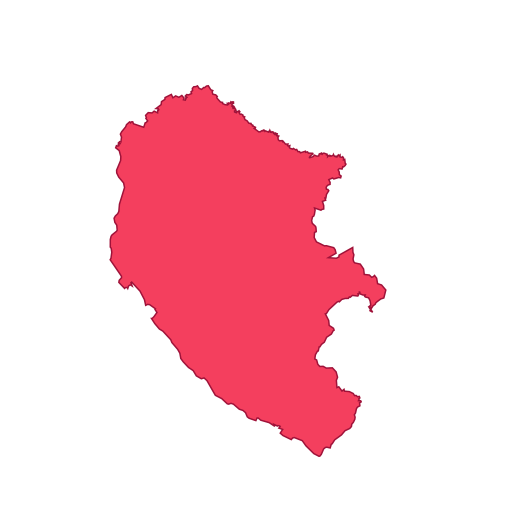 the district of Portlaw-Kilmacthomas Lea-5, Waterford, Ireland, rotated 221°
{"feature_id": "5873133B10835743668931", "entity_name": "Portlaw-Kilmacthomas Lea-5", "entity_type": "district", "adm_level": 2, "iso_a3": "IRL", "parent_name": "Ireland", "parent_adm1": "Waterford", "projection": "orthographic", "projection_center": [-7.459, 52.233], "detail": "fine", "context": "isolated", "style": "filled", "palette": "rose", "viewbox_px": 512, "rotation_deg": 221, "n_neighbors": 0, "source": "geoboundaries", "source_scale": "gbopen_adm2", "svg_char_len": 6131}
<svg xmlns="http://www.w3.org/2000/svg" viewBox="0 0 512 512"><g transform="rotate(221 256 256)"><path d="M333.9,145.3L333.9,146.4L332.5,147.8L331.5,147.4L332.5,149.8L332.2,151.1L331.6,151.9L329.8,152.1L332.9,153.8L332.7,154.8L320.5,153.4L311.6,149.9L306.9,146.4L306.1,148.3L304.4,149.5L297.3,150.2L297.2,149.4L293.7,148.4L293.2,143.2L293.4,140.8L293.9,140.3L288.1,138.6L281.0,137.5L277.1,138.2L265.4,136.9L262.7,135.5L254.0,134.2L249.7,132.7L245.5,129.3L241.5,128.4L233.8,127.6L228.2,128.3L222.4,126.4L216.7,127.5L215.2,129.9L211.3,129.8L195.3,124.2L188.3,125.9L180.7,125.6L179.4,126.3L178.2,128.4L175.8,129.4L168.1,129.4L164.5,130.9L161.1,130.9L157.1,128.9L154.8,129.0L148.1,131.7L148.9,134.4L148.0,135.2L144.7,135.2L136.7,138.9L130.6,139.7L130.5,140.4L131.7,140.8L128.3,141.7L128.2,142.4L126.5,143.3L125.9,143.2L125.8,141.1L122.1,142.6L121.5,138.2L117.8,138.2L108.9,140.6L109.0,142.6L108.0,144.1L99.9,147.0L93.8,145.5L82.7,144.8L77.0,146.2L76.5,147.0L76.6,149.2L78.4,154.8L78.0,157.0L77.2,158.1L74.1,159.8L75.7,163.3L75.3,164.2L76.0,168.9L74.1,177.1L74.2,182.6L72.1,187.3L72.1,189.9L73.4,191.9L73.4,194.3L74.3,197.6L75.5,199.4L77.6,200.7L77.9,202.8L80.0,206.6L80.3,208.5L79.3,211.1L81.6,213.2L80.9,214.5L81.2,215.2L82.0,215.4L83.7,214.1L83.8,215.0L84.8,215.9L84.5,217.0L85.9,217.8L87.1,216.4L89.0,216.4L90.0,215.3L92.4,216.0L96.6,214.9L100.6,212.0L102.1,213.1L102.5,210.5L107.7,211.6L108.6,209.8L113.8,214.9L114.9,218.0L119.5,221.1L125.0,221.7L129.4,217.5L132.9,216.8L135.4,214.5L138.3,214.8L142.0,217.3L144.1,216.9L146.4,220.5L147.2,224.5L146.7,225.2L148.7,228.8L148.2,229.3L148.6,232.3L147.9,235.8L149.4,241.0L147.9,246.6L148.7,250.1L148.4,251.3L150.1,252.3L155.2,251.6L158.8,255.0L165.7,257.8L165.1,258.8L165.8,263.4L164.6,274.5L163.9,275.9L163.0,276.1L162.8,279.5L160.9,282.4L158.5,284.6L158.7,286.3L157.8,286.7L157.4,289.5L152.9,292.6L153.1,293.8L154.2,294.3L153.4,295.2L154.4,296.6L153.9,296.8L152.8,295.6L149.5,296.8L148.0,298.2L147.6,296.9L146.6,296.8L143.6,298.3L140.6,297.1L137.1,294.2L137.5,291.9L136.2,292.3L136.6,291.3L134.4,290.7L134.1,289.5L131.1,290.1L134.4,291.1L135.0,295.2L134.4,297.8L134.9,299.5L133.7,305.3L132.0,308.2L135.7,315.5L142.2,316.5L146.1,314.9L150.4,318.4L153.8,319.1L153.9,317.5L154.7,315.8L158.0,316.0L162.2,313.1L166.3,316.8L172.0,318.3L176.9,315.6L178.6,315.8L180.8,317.4L182.9,321.1L185.3,322.4L188.6,325.9L193.9,311.1L192.8,309.7L193.9,307.0L200.3,302.2L197.4,310.6L200.4,312.7L202.8,313.3L209.7,309.9L210.9,308.6L219.6,306.3L224.2,308.1L227.3,312.2L226.5,313.9L229.2,316.6L230.4,317.4L235.0,317.6L237.2,319.2L239.1,322.7L238.6,323.9L239.2,325.7L241.5,329.4L243.3,330.6L237.0,333.2L237.1,333.9L235.7,335.9L238.0,338.5L241.7,340.8L240.0,343.8L242.0,345.0L241.3,345.6L243.2,348.7L243.9,353.0L245.4,353.4L246.7,352.6L248.0,353.7L248.4,355.0L248.1,357.0L247.1,358.6L248.4,360.2L251.2,361.4L249.4,365.1L247.8,365.2L245.1,369.5L243.4,370.5L244.2,372.2L246.5,372.1L248.3,374.0L250.5,374.9L250.5,376.6L248.1,378.1L249.1,380.3L248.4,380.7L248.1,382.7L248.4,384.4L249.4,384.4L252.4,387.1L253.0,385.9L254.2,387.4L255.7,387.8L255.8,386.9L257.5,385.9L258.9,387.4L259.1,386.2L260.2,386.3L259.9,383.8L261.0,383.2L261.1,383.8L262.3,382.7L264.1,383.4L263.8,382.8L264.7,380.8L266.2,380.4L265.8,379.8L267.0,379.3L267.1,378.0L267.9,379.1L269.0,378.6L269.2,379.4L272.0,378.3L272.7,377.7L272.8,376.2L274.0,376.6L274.0,375.6L274.7,375.6L275.2,374.4L274.3,372.7L275.5,371.3L278.1,370.4L278.0,368.6L280.0,365.3L279.6,364.9L280.4,365.5L280.6,367.5L280.0,370.4L280.6,370.7L284.0,368.0L285.4,368.4L286.5,366.9L287.4,367.5L290.2,363.0L291.6,363.4L292.8,362.3L295.2,363.1L295.7,362.1L298.4,361.7L298.5,360.7L300.9,359.7L301.9,359.7L302.9,361.5L303.8,360.1L304.8,360.1L305.3,361.5L307.1,359.8L311.0,360.4L311.0,359.8L312.0,360.2L313.9,358.3L315.5,358.4L317.2,359.8L317.5,361.4L318.8,360.6L319.1,361.8L319.2,360.6L319.7,360.5L320.3,362.1L320.9,361.6L321.0,362.4L321.4,360.1L322.2,360.2L322.5,361.1L323.2,360.1L324.1,360.9L325.5,360.3L325.2,359.6L326.1,359.0L328.0,359.9L327.5,358.6L328.1,358.4L327.9,357.7L330.8,356.7L331.0,355.9L332.2,356.4L333.1,355.9L332.8,355.0L333.9,354.2L334.3,352.5L335.4,351.5L341.0,351.1L340.5,352.3L340.8,352.8L343.9,351.9L344.1,352.6L346.0,352.2L346.7,352.8L348.5,351.5L351.4,352.2L353.8,351.7L356.1,352.9L355.9,353.5L357.9,353.1L358.4,353.8L360.3,353.4L360.9,352.5L362.7,353.0L362.8,354.3L364.1,354.5L364.4,352.9L365.5,352.6L364.9,351.2L366.6,350.6L367.3,351.3L366.6,352.5L367.3,352.5L367.5,353.4L368.6,353.5L369.8,352.6L369.7,353.5L370.5,353.2L370.3,353.8L370.9,353.6L370.9,354.2L371.9,353.6L371.7,354.3L373.4,354.1L373.8,355.0L373.4,355.9L374.2,355.9L373.3,356.7L374.1,357.5L375.1,356.7L375.1,356.0L376.1,355.9L375.5,354.5L377.4,353.3L377.3,352.5L376.3,352.8L377.1,352.4L376.3,352.3L376.6,351.3L378.7,349.9L381.3,349.1L382.0,350.0L383.8,348.9L388.8,349.5L389.9,350.2L389.9,351.0L392.1,351.2L394.7,349.8L396.8,351.1L397.1,352.5L399.2,351.8L403.7,353.2L404.9,351.7L405.2,349.4L406.0,348.9L406.4,346.0L408.9,345.2L411.8,346.0L412.5,344.4L414.0,342.9L414.0,340.7L412.4,339.2L412.8,337.3L411.2,336.3L412.7,333.3L414.2,332.4L414.3,330.3L412.3,330.5L412.8,329.0L412.1,328.9L411.6,327.2L413.3,326.3L413.9,328.0L417.3,328.5L418.3,325.2L421.7,324.1L422.5,320.9L425.9,322.4L428.6,315.9L427.5,314.4L428.6,310.5L426.9,308.0L428.2,301.7L426.4,303.0L425.5,302.7L425.7,302.0L425.2,301.8L425.5,301.2L424.2,299.5L427.9,298.5L428.3,295.8L431.4,293.5L431.6,289.7L429.5,288.5L429.4,287.6L426.4,286.9L426.5,284.5L427.0,283.8L425.2,279.5L435.2,275.4L437.1,276.4L438.2,275.3L438.0,274.2L439.4,274.2L439.9,270.2L439.1,267.9L438.9,261.7L438.3,259.0L435.5,257.5L432.8,253.5L433.9,252.9L434.0,251.3L432.3,251.7L432.3,251.1L433.6,250.7L433.0,249.6L431.9,249.3L432.4,248.2L433.7,247.7L432.9,245.6L428.4,245.8L423.2,242.3L420.8,239.2L417.5,229.3L415.6,227.3L411.4,225.5L403.9,224.3L400.1,221.4L393.1,205.6L388.8,199.7L388.1,197.2L388.4,193.9L387.9,191.4L384.6,188.8L381.3,187.9L377.7,184.4L377.5,183.1L378.5,177.4L378.3,175.8L376.8,172.9L371.8,167.1L370.3,166.8L367.3,164.2L364.0,159.2L363.6,157.5L344.3,152.5L343.2,151.3L343.3,147.9L342.2,146.1L333.9,145.3Z" fill="#f43f5e" stroke="#9f1239" stroke-width="1.5"/></g></svg>